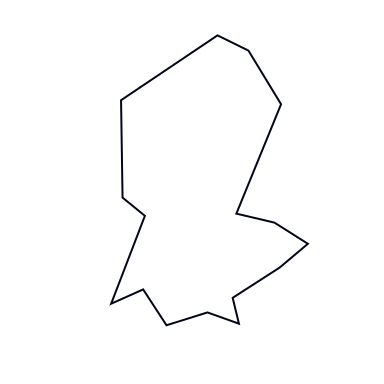 map outline of Al Wusţá (Mercator projection), rotated 71°
{"feature_id": "BHR-4928", "entity_name": "Al Wusţá", "entity_type": "Governorate", "adm_level": 1, "iso_a3": "BHR", "parent_name": "Bahrain", "parent_adm1": "", "projection": "mercator", "projection_center": [50.59, 26.145], "detail": "fine", "context": "isolated", "style": "outline", "palette": "ink", "viewbox_px": 384, "rotation_deg": 71, "n_neighbors": 0, "source": "natural_earth", "source_scale": "10m", "svg_char_len": 362}
<svg xmlns="http://www.w3.org/2000/svg" viewBox="0 0 384 384"><g transform="rotate(71 192 192)"><path d="M138.0,79.2L226.9,157.1L247.8,124.0L278.7,99.3L292.0,133.8L305.3,188.0L331.8,190.5L310.9,216.6L309.7,259.5L268.2,269.9L271.3,304.8L199.2,244.3L174.7,259.5L82.1,229.2L52.2,116.9L76.7,92.6L138.0,79.2Z" fill="none" stroke="#020617" stroke-width="2"/></g></svg>